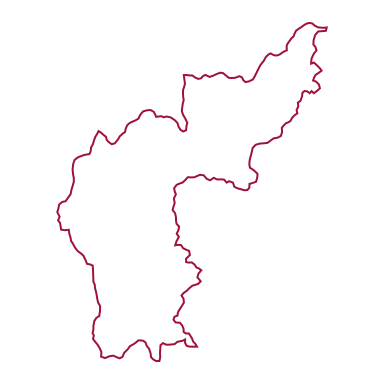 Simonésia, Minas Gerais, Brazil (Natural Earth projection)
{"feature_id": "56859067B68233274154911", "entity_name": "Simonésia", "entity_type": "district", "adm_level": 2, "iso_a3": "BRA", "parent_name": "Brazil", "parent_adm1": "Minas Gerais", "projection": "natural_earth1", "projection_center": [-41.967, -19.999], "detail": "fine", "context": "isolated", "style": "outline", "palette": "rose", "viewbox_px": 384, "rotation_deg": 0, "n_neighbors": 0, "source": "geoboundaries", "source_scale": "gbopen_adm2", "svg_char_len": 4360}
<svg xmlns="http://www.w3.org/2000/svg" viewBox="0 0 384 384"><path d="M143.1,111.4L140.1,115.0L138.4,118.7L135.2,120.5L131.9,121.9L129.7,123.0L127.4,125.0L125.9,128.1L125.0,132.1L122.8,133.5L119.7,136.4L118.3,138.9L116.7,141.1L114.7,143.4L111.7,144.2L108.5,141.9L106.7,139.7L106.0,136.8L103.5,134.9L101.0,132.6L98.5,131.1L97.2,133.8L95.2,137.1L93.9,140.7L93.0,144.0L91.1,147.4L90.6,151.6L89.4,154.1L86.7,154.5L83.8,155.1L81.5,156.0L79.1,156.8L76.8,158.1L74.5,160.1L73.1,164.4L72.6,169.7L73.1,174.5L73.8,177.8L73.8,181.8L72.5,186.4L71.4,190.0L70.6,194.1L67.8,198.1L65.6,201.2L62.1,202.0L59.2,204.5L58.4,208.4L57.3,212.1L59.6,216.7L58.1,220.4L60.0,222.8L60.6,226.0L61.1,229.6L64.8,230.2L68.8,229.8L69.3,233.7L70.5,237.5L71.1,241.0L72.9,243.6L74.6,246.9L76.2,249.2L77.9,251.3L80.4,253.0L83.4,255.6L85.7,260.5L87.0,263.8L90.0,264.4L92.7,265.6L93.0,269.4L93.1,272.9L93.3,277.5L93.4,281.7L94.7,284.6L95.1,288.4L96.4,293.3L97.1,298.0L98.1,302.6L100.1,305.9L100.0,311.3L99.2,316.1L96.4,317.8L94.4,320.9L93.4,326.0L93.4,329.5L92.6,333.1L93.9,335.6L93.0,338.8L95.0,341.6L97.3,344.3L99.8,348.4L101.4,352.2L101.1,356.6L105.0,358.1L109.3,356.3L113.2,355.6L116.5,357.1L119.5,358.3L122.5,356.9L124.2,352.8L127.8,349.2L130.0,346.1L133.2,344.4L136.1,342.4L138.3,340.4L140.7,340.4L143.2,340.8L145.4,342.3L146.7,345.8L149.1,348.8L150.6,353.4L151.0,357.1L153.2,359.4L156.0,361.0L159.4,361.0L160.2,357.3L160.0,352.8L160.3,348.5L160.5,345.2L163.0,343.1L166.2,344.7L170.2,344.6L174.6,344.1L177.4,341.8L179.9,341.3L182.7,340.7L185.1,339.5L185.1,343.0L186.8,345.9L190.0,346.7L192.9,346.7L197.0,346.7L195.2,343.7L193.1,341.5L192.0,338.4L190.4,335.8L188.8,333.4L185.9,333.5L183.7,332.0L183.5,328.6L182.1,325.4L180.0,322.8L175.5,322.4L173.5,319.7L174.5,316.7L177.5,315.6L177.9,312.4L179.5,309.6L182.0,305.7L183.9,302.6L183.5,298.7L181.5,295.5L183.6,293.0L186.5,291.0L189.1,288.4L192.3,285.7L195.0,284.9L198.1,283.9L200.7,281.3L197.4,277.3L198.6,273.4L201.3,270.3L198.9,268.4L196.5,267.5L194.4,264.4L191.7,262.4L188.6,262.6L186.2,262.1L186.0,258.8L189.9,255.0L189.1,250.9L185.9,249.6L183.1,248.2L181.1,245.1L177.7,244.9L175.2,245.3L176.6,241.0L178.9,236.9L176.7,233.7L178.4,230.2L179.1,226.5L176.6,223.9L176.0,220.4L176.0,217.5L175.1,213.2L172.6,210.0L173.5,206.6L174.7,203.0L173.9,198.5L175.9,194.3L174.8,191.7L174.1,188.2L176.6,184.9L179.7,183.5L182.5,182.6L185.2,180.1L187.8,177.2L191.1,177.4L194.2,177.3L196.7,176.2L200.0,174.8L203.7,175.3L206.7,178.8L210.1,180.3L213.7,177.8L217.2,179.5L220.9,179.3L224.1,179.6L226.6,182.6L229.2,181.2L233.0,182.7L234.3,186.7L237.2,188.2L241.5,189.4L244.5,190.3L247.4,190.0L249.3,187.8L249.5,183.9L252.6,183.0L256.1,181.7L257.3,177.3L257.5,173.9L255.7,172.0L253.4,170.0L249.9,167.7L249.3,164.0L249.7,160.1L250.5,156.9L251.5,153.2L252.7,147.9L255.7,144.8L259.7,143.6L263.8,143.3L267.4,142.9L270.0,141.0L273.5,138.4L277.5,137.7L280.8,136.0L282.1,132.1L281.8,127.8L283.9,125.3L285.9,123.3L288.1,122.4L290.5,121.0L291.9,118.1L294.5,115.3L297.3,113.4L296.6,110.0L298.3,106.4L297.9,102.6L300.4,100.9L302.0,96.4L302.5,92.7L304.5,91.0L307.3,91.4L309.7,93.2L311.6,91.1L313.8,93.2L316.5,91.3L319.9,88.3L319.0,84.7L316.2,81.7L313.1,80.5L314.1,77.5L315.7,74.8L318.6,72.9L321.6,70.7L319.9,68.3L317.0,65.4L314.0,62.6L311.1,63.6L311.5,58.8L312.7,56.0L314.0,53.4L316.5,50.5L315.4,46.9L313.4,44.4L313.6,40.2L315.1,35.2L318.1,31.5L322.4,31.1L325.9,30.8L326.7,27.5L323.4,27.8L318.2,27.4L314.8,25.7L312.3,23.5L309.8,23.0L307.3,23.3L304.2,25.0L301.6,26.9L299.0,28.6L296.1,30.6L294.7,33.4L293.5,36.5L291.5,38.2L289.5,41.0L287.6,43.6L286.6,46.1L286.8,50.3L283.2,52.0L280.0,54.3L277.4,55.4L274.3,55.4L270.5,53.4L268.0,54.9L265.8,57.1L263.8,60.8L260.4,65.1L258.5,68.7L256.8,72.2L254.7,76.4L252.9,79.5L248.9,81.4L245.4,82.1L243.3,80.1L241.8,77.2L239.1,76.2L235.3,77.8L231.6,78.0L228.7,77.8L226.2,75.7L223.2,73.2L220.2,72.7L216.5,74.1L213.0,75.8L209.6,76.9L205.5,74.9L203.1,76.0L201.1,78.3L198.1,78.9L194.6,77.2L192.5,75.5L189.4,75.4L186.4,75.0L183.8,75.1L184.3,79.0L185.0,83.4L184.1,87.1L183.1,89.7L183.0,93.6L183.2,97.0L183.7,100.1L182.8,103.6L182.3,106.9L181.8,111.1L183.1,114.8L185.5,119.0L187.3,122.9L186.5,125.9L186.1,130.2L183.2,131.5L180.6,129.9L178.5,126.6L177.5,123.0L174.8,120.2L170.7,117.4L166.6,116.5L163.6,117.3L161.4,116.2L158.8,116.5L156.1,116.8L155.1,114.2L153.6,111.7L150.4,110.0L147.0,110.3L143.1,111.4Z" fill="none" stroke="#9f1239" stroke-width="2"/></svg>